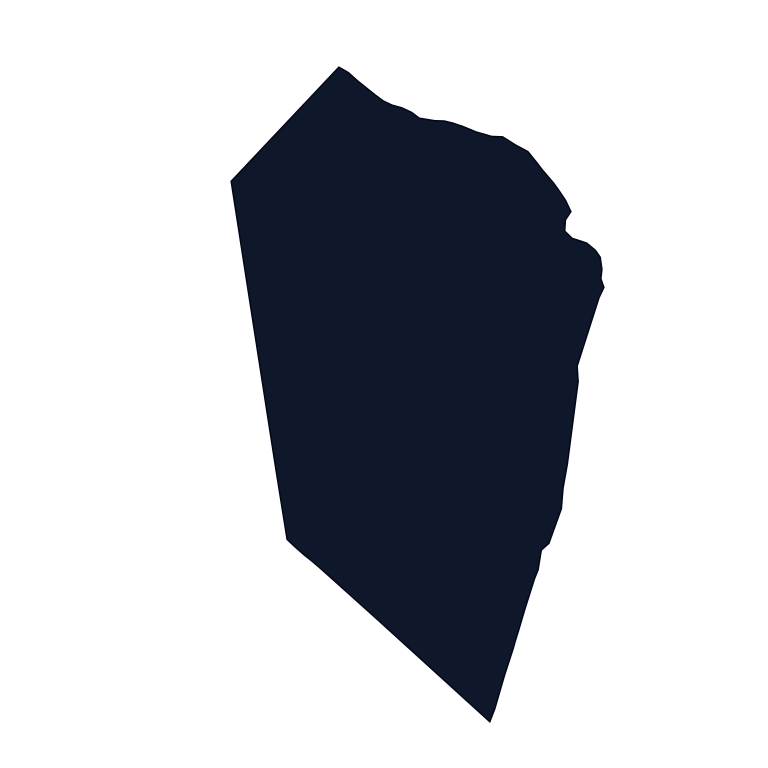 outline of Guamaré, Rio Grande do Norte, Brazil, rotated 19°
{"feature_id": "56859067B92997995689040", "entity_name": "Guamaré", "entity_type": "district", "adm_level": 2, "iso_a3": "BRA", "parent_name": "Brazil", "parent_adm1": "Rio Grande do Norte", "projection": "mercator", "projection_center": [-36.327, -5.185], "detail": "fine", "context": "isolated", "style": "filled", "palette": "ink", "viewbox_px": 768, "rotation_deg": 19, "n_neighbors": 0, "source": "geoboundaries", "source_scale": "gbopen_adm2", "svg_char_len": 913}
<svg xmlns="http://www.w3.org/2000/svg" viewBox="0 0 768 768"><g transform="rotate(19 384 384)"><path d="M504.6,160.2L495.8,151.2L487.2,144.7L479.1,138.9L463.8,129.9L456.5,125.0L444.3,117.4L430.5,115.2L415.7,111.7L405.1,114.9L388.6,115.7L376.1,114.9L364.4,114.9L355.4,115.7L346.0,118.6L330.7,121.2L321.7,118.2L311.0,117.1L300.5,117.7L291.1,116.6L281.6,113.6L271.8,110.1L260.1,105.9L249.0,101.2L238.2,99.1L173.5,242.1L310.1,500.9L343.0,562.5L352.7,566.9L363.9,571.5L372.3,574.5L382.1,578.3L399.7,585.7L454.4,608.8L467.1,614.3L594.0,668.9L594.5,654.9L592.8,620.3L592.3,593.0L591.8,583.2L591.5,573.2L590.5,551.0L589.7,519.1L590.2,509.6L586.8,489.9L591.8,480.9L592.3,444.2L587.2,424.2L583.4,399.9L566.8,318.6L560.8,304.2L559.2,232.2L560.5,221.1L554.8,213.9L552.7,204.6L547.2,193.8L540.4,188.8L529.8,184.8L514.4,185.0L505.1,180.6L502.1,169.8L504.6,160.2Z" fill="#0f172a" stroke="#020617" stroke-width="1.5"/></g></svg>